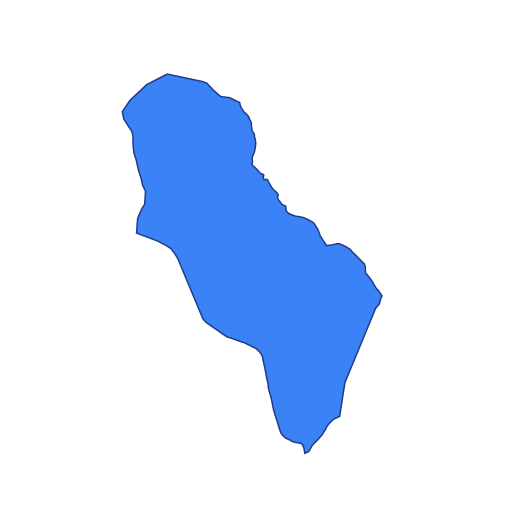 Ajuterique, Comayagua, Honduras (Mercator projection), rotated 69°
{"feature_id": "27666195B64266786808273", "entity_name": "Ajuterique", "entity_type": "district", "adm_level": 2, "iso_a3": "HND", "parent_name": "Honduras", "parent_adm1": "Comayagua", "projection": "mercator", "projection_center": [-87.72, 14.397], "detail": "fine", "context": "isolated", "style": "filled", "palette": "blue", "viewbox_px": 512, "rotation_deg": 69, "n_neighbors": 0, "source": "geoboundaries", "source_scale": "gbopen_adm2", "svg_char_len": 6012}
<svg xmlns="http://www.w3.org/2000/svg" viewBox="0 0 512 512"><g transform="rotate(69 256 256)"><path d="M54.3,273.8L56.8,296.6L65.6,318.0L73.4,329.1L80.8,330.3L91.9,328.0L95.3,327.3L100.0,327.9L105.0,329.8L111.1,331.8L116.1,333.0L123.4,333.4L133.2,334.9L141.9,335.4L149.4,336.5L155.9,335.9L168.0,341.5L170.3,344.8L170.7,345.2L171.9,346.7L172.9,347.5L174.3,348.8L175.5,350.2L178.2,352.7L179.1,353.3L183.6,355.5L191.8,359.3L206.5,342.8L210.4,339.2L214.7,335.5L216.8,334.2L218.5,332.8L222.2,331.8L224.7,331.0L228.9,330.2L231.7,329.9L295.2,328.1L296.0,327.9L297.0,327.6L298.4,327.1L299.1,326.8L299.8,326.4L300.5,326.0L301.9,325.2L304.0,323.8L306.2,322.3L308.3,320.8L309.7,319.8L310.9,319.0L314.0,317.0L316.5,315.4L318.4,314.0L320.2,312.7L320.7,312.4L321.4,311.7L321.9,311.1L322.4,310.5L323.2,309.4L323.8,308.6L330.7,300.7L331.4,299.9L332.4,298.5L332.9,297.9L333.3,297.4L334.0,296.8L336.5,294.6L337.6,293.5L338.6,292.6L340.4,290.9L341.5,289.9L341.9,289.6L342.3,289.3L343.2,288.7L344.1,288.3L344.9,287.9L345.7,287.5L346.6,287.2L348.0,286.7L348.7,286.5L349.4,286.3L350.8,286.1L351.1,286.1L351.6,286.0L352.1,286.1L352.6,286.1L354.2,286.4L356.3,286.8L357.5,287.0L359.9,287.3L361.7,287.6L362.9,287.7L372.3,289.5L373.5,289.7L375.7,290.0L377.0,290.1L378.9,290.5L379.8,290.7L380.7,290.9L382.8,291.5L383.4,291.6L384.3,291.8L384.9,291.9L386.6,292.1L389.4,292.3L390.8,292.4L395.1,292.9L397.4,293.3L398.7,293.5L401.9,294.1L402.8,294.2L403.7,294.4L405.8,294.7L407.3,294.8L409.5,295.0L411.1,295.2L412.6,295.2L415.7,295.4L417.2,295.4L423.2,295.9L425.1,296.1L426.2,296.1L428.1,296.1L429.5,296.1L430.4,296.0L431.3,295.8L432.5,295.5L433.6,295.1L434.8,294.6L435.5,294.2L436.3,293.8L436.9,293.3L437.4,292.9L439.0,291.2L439.7,290.6L440.2,290.1L440.7,289.7L441.8,288.8L442.1,288.6L442.5,288.3L442.8,287.9L443.3,287.3L443.6,286.8L444.9,284.6L446.0,282.9L446.9,281.6L447.2,281.2L447.5,280.9L447.8,280.6L448.1,280.5L448.4,280.4L448.9,280.3L449.8,280.2L450.3,280.1L450.8,280.1L452.8,280.2L453.3,280.2L454.4,280.5L456.3,280.8L457.7,281.2L457.4,276.7L455.5,274.3L453.5,272.2L451.3,267.9L449.6,263.9L448.1,261.2L446.3,257.9L444.3,255.3L442.7,253.1L441.0,251.4L438.7,248.0L437.5,245.3L436.5,243.1L436.1,241.2L435.7,235.4L406.1,218.4L352.1,167.2L348.9,164.2L348.3,163.5L347.8,163.0L347.4,162.5L347.2,162.2L347.0,161.8L346.5,160.7L345.6,159.0L345.3,158.6L344.9,158.1L344.6,157.7L343.9,157.2L343.3,156.8L342.0,156.0L339.9,154.3L339.6,154.1L339.4,153.8L339.2,153.5L339.0,153.1L338.9,152.9L338.7,152.8L338.4,152.7L338.1,152.8L335.6,153.3L331.5,154.3L331.0,154.5L330.3,154.9L329.9,155.1L329.3,155.3L328.8,155.4L327.2,155.7L326.3,155.9L325.5,156.0L323.4,156.3L322.5,156.4L321.6,156.6L320.1,156.9L319.0,157.2L316.8,157.8L313.8,158.8L313.0,159.1L312.5,159.3L311.6,159.7L311.4,159.8L311.2,159.8L305.6,158.0L304.9,157.8L304.3,157.7L303.6,157.7L302.8,157.7L302.0,157.8L301.8,157.9L301.2,158.2L298.6,159.3L295.3,160.8L289.7,163.2L286.9,164.6L286.4,164.8L285.6,165.0L284.3,165.4L284.0,165.5L283.5,165.8L283.2,166.0L281.5,167.2L279.9,168.4L277.5,170.6L275.9,172.2L274.9,173.2L274.7,173.5L274.5,173.8L274.3,174.2L274.0,174.7L273.9,175.2L273.7,175.7L273.5,176.7L273.3,178.2L273.1,179.5L273.0,180.8L272.9,181.3L272.0,184.5L271.6,186.2L271.5,186.5L271.3,186.7L271.2,186.8L270.5,186.7L270.2,186.7L269.8,186.7L269.3,186.8L268.4,187.0L267.1,187.4L266.8,187.5L261.8,188.4L261.5,188.5L261.1,188.7L260.8,188.8L260.4,188.8L258.8,188.8L254.5,188.7L253.5,188.8L252.4,188.9L249.4,189.5L247.3,190.0L246.3,190.2L246.0,190.3L245.5,190.6L245.2,190.8L244.7,191.1L244.2,191.4L243.9,191.7L242.3,193.0L240.7,194.4L239.8,195.2L239.0,196.0L238.3,196.7L237.7,197.4L237.2,197.9L236.7,198.6L236.2,199.3L235.8,200.0L234.5,202.1L233.3,204.3L232.8,205.0L232.4,205.6L231.9,206.1L230.4,207.7L228.5,209.7L228.2,210.0L227.8,210.3L227.4,210.5L227.1,210.7L226.6,210.9L226.1,211.2L225.6,211.3L225.2,211.5L224.9,211.5L224.6,211.5L224.4,211.4L224.0,211.2L223.8,211.2L223.6,211.2L223.5,211.3L223.3,211.3L223.2,211.5L222.4,211.2L221.3,210.8L220.1,210.4L218.9,211.5L217.6,212.9L217.5,213.1L217.3,213.2L216.9,213.3L216.2,213.5L215.4,213.7L212.3,214.7L211.4,215.0L211.2,215.0L210.8,215.1L210.2,215.1L209.4,214.9L208.8,214.8L208.4,214.6L208.1,214.4L207.8,214.1L207.5,213.7L207.3,213.5L207.1,213.4L206.9,213.4L206.6,213.4L206.3,213.4L205.9,213.5L205.2,213.7L204.8,213.8L204.0,214.0L203.0,214.5L202.7,214.7L201.8,215.2L201.0,215.6L200.1,216.0L199.5,216.2L198.2,216.6L196.7,216.9L195.3,217.2L194.3,217.3L191.6,217.6L190.7,217.7L189.9,217.8L188.9,218.0L188.6,218.1L188.3,218.6L188.1,219.0L188.0,219.3L188.0,219.6L188.0,219.9L188.1,220.3L188.1,220.5L187.9,220.8L187.5,221.0L187.3,221.1L186.9,221.1L186.6,221.1L185.5,221.1L185.2,221.0L184.8,220.9L184.5,220.7L184.2,220.5L183.7,220.0L183.5,219.9L183.4,219.8L183.2,219.8L182.9,219.8L182.7,219.9L182.4,220.0L182.1,220.3L181.7,220.9L181.6,221.1L181.4,221.4L181.1,221.7L180.8,221.9L179.7,222.6L179.1,222.8L178.3,223.0L177.9,223.2L175.7,224.0L173.3,225.1L170.0,226.9L167.9,226.3L167.4,225.9L166.9,225.6L166.5,225.4L166.1,225.2L165.7,225.1L165.2,225.0L164.7,224.9L164.2,224.9L163.9,224.8L163.7,224.7L163.4,224.6L162.8,224.3L162.4,224.1L162.2,223.8L160.3,222.1L159.4,221.2L158.9,220.7L158.4,220.3L154.4,217.7L153.2,217.1L151.6,216.3L150.1,215.7L149.6,215.5L149.0,215.4L147.7,215.1L146.6,214.9L145.8,214.8L144.7,214.8L144.1,214.7L143.6,214.6L142.9,214.2L142.4,214.1L142.0,214.0L141.7,214.0L141.2,214.0L139.9,214.3L138.6,214.7L138.2,214.7L137.8,214.8L137.4,214.7L136.6,214.6L135.3,214.2L134.4,214.0L133.7,213.8L132.8,213.6L131.3,213.1L130.3,212.8L129.4,212.6L129.2,212.6L128.9,212.6L128.7,212.6L128.1,212.8L127.8,212.9L126.9,213.0L126.4,213.0L126.0,213.0L124.9,213.0L124.2,212.9L123.5,212.9L123.2,213.0L122.8,213.1L121.7,213.5L121.1,213.7L120.1,214.1L119.1,214.6L118.1,215.2L117.5,215.5L117.0,215.6L115.8,215.9L114.6,216.2L112.6,216.6L112.0,216.7L111.6,216.7L110.3,216.7L109.3,216.6L108.6,216.6L107.8,216.5L107.2,216.4L106.9,216.2L98.8,223.8L94.5,231.8L90.2,234.2L84.7,236.9L77.2,239.9L74.5,242.7L54.3,273.8Z" fill="#3b82f6" stroke="#1e3a8a" stroke-width="1.5"/></g></svg>